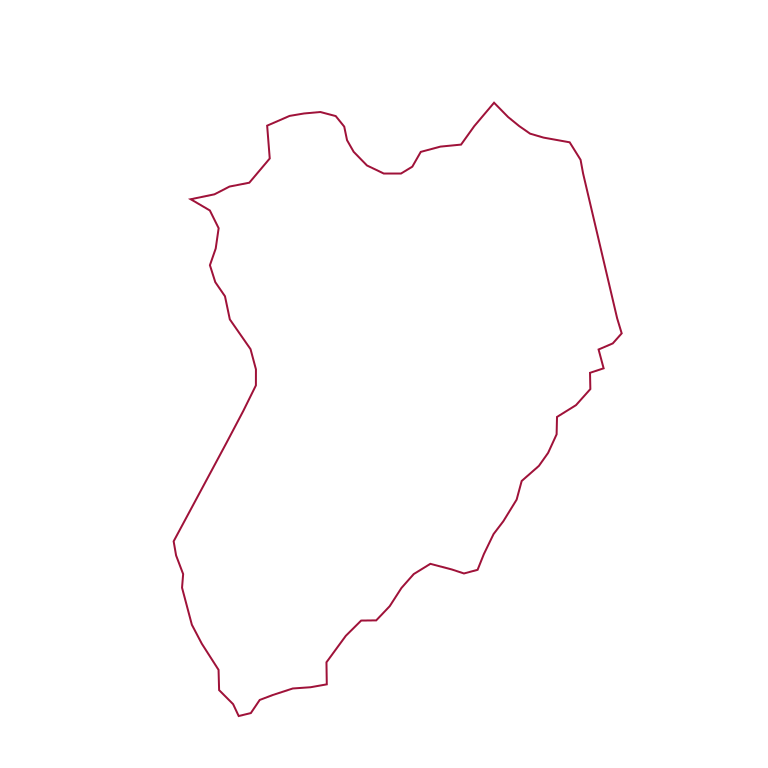 outline of Santa Gertrudes, São Paulo, Brazil, rotated 165°
{"feature_id": "56859067B68796233337898", "entity_name": "Santa Gertrudes", "entity_type": "district", "adm_level": 2, "iso_a3": "BRA", "parent_name": "Brazil", "parent_adm1": "São Paulo", "projection": "orthographic", "projection_center": [-47.518, -22.474], "detail": "fine", "context": "isolated", "style": "outline", "palette": "rose", "viewbox_px": 768, "rotation_deg": 165, "n_neighbors": 0, "source": "geoboundaries", "source_scale": "gbopen_adm2", "svg_char_len": 1210}
<svg xmlns="http://www.w3.org/2000/svg" viewBox="0 0 768 768"><g transform="rotate(165 384 384)"><path d="M610.3,100.9L597.8,100.6L585.8,111.0L571.7,112.4L550.9,113.5L533.4,110.1L517.0,108.7L511.6,130.1L496.2,142.5L486.0,150.7L467.3,161.4L452.7,157.7L436.0,167.9L419.9,182.5L404.5,192.7L385.8,198.3L366.5,187.3L355.8,180.3L341.7,180.3L331.6,193.8L317.0,210.7L304.2,220.6L285.8,238.0L276.1,254.7L255.6,264.8L243.3,275.0L230.3,290.7L225.4,307.4L204.0,313.9L186.0,325.7L182.1,341.5L167.8,342.3L167.8,361.8L152.5,364.0L141.3,371.4L141.8,387.1L137.2,535.9L136.1,549.7L142.1,569.4L166.1,580.7L178.1,588.0L186.7,598.2L195.0,609.7L204.9,627.2L230.1,609.7L247.6,595.3L268.1,598.7L288.4,598.7L300.4,586.6L313.1,582.9L329.8,587.4L343.9,599.5L353.2,616.1L356.6,629.1L355.8,642.9L361.3,655.3L375.1,663.2L391.2,666.0L405.8,667.4L430.0,663.8L436.0,631.4L462.0,613.3L482.1,614.7L498.7,611.1L522.9,612.5L507.3,596.7L503.4,577.3L511.5,558.4L521.4,543.8L520.6,526.0L514.9,509.9L516.2,486.3L503.9,452.2L503.9,431.3L508.1,415.8L526.9,394.4L551.6,367.7L627.9,286.5L629.2,272.2L627.2,252.4L631.8,239.5L631.9,201.2L627.2,180.3L617.8,150.7L622.5,131.0L612.6,113.8L610.3,100.9Z" fill="none" stroke="#9f1239" stroke-width="2"/></g></svg>